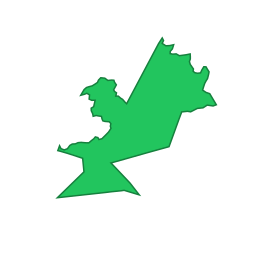 Catende, Pernambuco, Brazil (Equal Earth projection), rotated 49°
{"feature_id": "56859067B24117233366877", "entity_name": "Catende", "entity_type": "district", "adm_level": 2, "iso_a3": "BRA", "parent_name": "Brazil", "parent_adm1": "Pernambuco", "projection": "equal_earth", "projection_center": [-35.752, -8.69], "detail": "fine", "context": "isolated", "style": "filled", "palette": "green", "viewbox_px": 256, "rotation_deg": 49, "n_neighbors": 0, "source": "geoboundaries", "source_scale": "gbopen_adm2", "svg_char_len": 1679}
<svg xmlns="http://www.w3.org/2000/svg" viewBox="0 0 256 256"><g transform="rotate(49 128 128)"><path d="M75.2,112.8L72.2,115.6L72.5,118.9L73.6,121.1L73.3,123.7L72.7,127.4L71.3,130.2L70.2,132.8L70.2,135.9L72.3,142.2L74.0,138.7L74.8,136.3L77.8,135.3L80.7,138.4L83.3,137.2L85.5,134.6L87.9,137.9L89.4,139.9L88.9,142.8L90.9,144.4L94.1,145.3L96.3,146.6L97.7,143.8L99.4,142.5L101.8,140.4L104.0,141.6L106.1,142.3L107.9,141.1L111.1,138.0L113.5,138.1L115.0,140.1L117.1,141.1L118.3,145.3L118.6,148.6L119.0,154.7L117.6,157.5L115.5,157.0L113.3,158.5L113.7,161.0L113.5,163.8L113.5,167.3L111.6,169.4L109.8,171.2L108.1,172.8L106.3,175.3L105.4,178.2L103.5,180.6L103.0,183.3L103.9,187.3L102.7,190.5L99.6,192.1L96.5,191.3L97.8,193.6L99.0,195.8L101.5,194.1L107.4,190.3L121.1,182.1L132.2,190.0L134.3,227.0L161.8,187.4L165.1,182.5L170.9,174.3L172.5,171.8L185.8,163.4L170.8,162.6L143.2,163.8L149.4,150.7L158.6,131.1L169.0,109.3L165.9,103.7L155.2,84.5L151.1,76.9L154.4,72.2L156.9,70.1L158.7,62.8L162.0,58.1L162.7,53.2L164.8,51.4L167.2,49.3L168.4,46.1L155.7,43.8L152.3,45.8L148.3,46.8L146.3,43.6L144.7,40.9L143.6,38.0L142.9,35.6L140.4,32.0L138.8,30.0L135.5,29.5L133.0,29.0L131.5,30.6L132.7,34.3L134.0,37.1L132.3,39.6L130.1,41.3L127.8,41.6L126.4,39.9L120.9,39.3L118.2,38.1L116.8,35.7L115.1,34.2L112.9,32.5L110.8,36.2L107.1,41.8L103.7,43.0L101.6,45.8L99.5,47.4L97.9,45.9L97.4,42.6L95.1,38.9L93.2,42.4L90.8,45.5L86.6,46.7L85.3,43.8L82.5,43.1L84.3,49.4L95.9,79.6L100.6,91.8L108.8,113.1L106.8,113.3L102.8,113.3L100.6,114.0L97.6,114.4L95.9,116.3L93.9,113.6L91.7,114.2L89.8,113.8L87.8,108.5L84.5,108.1L82.7,107.3L81.1,108.9L78.9,112.0L75.2,112.8Z" fill="#22c55e" stroke="#15803d" stroke-width="1.5"/></g></svg>